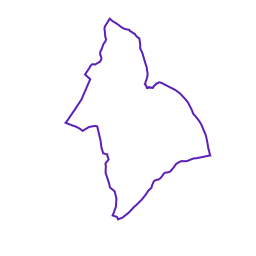 Dhi As Sufal, Ibb, Yemen (orthographic projection), rotated 218°
{"feature_id": "15242507B30509231446221", "entity_name": "Dhi As Sufal", "entity_type": "district", "adm_level": 2, "iso_a3": "YEM", "parent_name": "Yemen", "parent_adm1": "Ibb", "projection": "orthographic", "projection_center": [44.071, 13.832], "detail": "fine", "context": "isolated", "style": "outline", "palette": "violet", "viewbox_px": 256, "rotation_deg": 218, "n_neighbors": 0, "source": "geoboundaries", "source_scale": "gbopen_adm2", "svg_char_len": 3611}
<svg xmlns="http://www.w3.org/2000/svg" viewBox="0 0 256 256"><g transform="rotate(218 128 128)"><path d="M79.5,49.9L79.0,51.0L77.2,53.9L76.4,57.3L75.8,59.6L75.7,60.1L75.5,60.9L75.3,61.8L75.2,63.0L74.9,66.4L74.8,67.3L74.6,69.9L74.0,72.4L74.0,72.6L73.7,75.1L73.1,79.6L73.0,82.9L73.0,85.7L73.0,86.0L73.1,87.1L73.1,87.8L73.2,89.3L73.4,91.0L73.4,91.3L73.2,92.3L73.2,92.6L73.1,93.1L72.9,94.1L72.8,95.1L72.7,95.3L73.7,97.5L74.3,99.9L74.4,100.2L74.4,100.3L74.5,100.7L74.6,101.1L74.8,101.9L74.4,103.4L73.4,104.9L73.1,105.4L72.4,106.0L72.1,106.5L71.8,107.0L71.7,108.3L71.6,108.5L71.5,109.5L71.5,109.9L71.5,111.1L71.6,112.3L71.7,114.0L71.4,115.0L71.3,115.4L70.8,116.3L69.6,117.2L69.2,117.5L68.7,118.5L68.2,119.3L68.0,119.9L67.7,120.7L67.7,120.9L67.9,121.7L67.7,125.6L68.0,129.0L67.0,132.0L65.3,135.1L64.9,135.2L64.0,135.9L63.3,136.4L62.3,137.2L61.8,137.6L60.6,139.1L59.1,141.9L57.6,144.3L55.1,146.7L46.8,156.5L46.3,156.9L46.6,157.1L47.5,157.8L48.1,158.3L50.2,160.0L50.5,160.2L51.0,160.5L52.5,161.7L53.2,162.3L53.9,163.0L54.8,163.8L56.4,165.3L56.5,165.4L57.8,166.5L58.6,167.2L61.9,169.9L62.5,170.4L65.0,171.8L66.9,172.8L71.6,175.5L71.8,175.6L75.8,177.2L80.6,178.5L83.0,179.0L85.7,179.5L88.6,181.4L96.6,185.1L101.3,186.1L103.4,186.5L108.1,187.2L114.0,187.1L124.9,185.0L125.2,185.0L125.6,184.8L127.5,184.5L128.7,184.3L130.1,183.8L131.1,183.6L131.7,183.0L132.3,181.4L132.6,180.7L133.0,180.6L133.0,180.2L133.0,179.5L133.2,179.0L133.1,178.7L133.0,178.1L133.2,177.5L133.4,177.3L133.4,176.7L133.5,176.2L133.3,176.0L133.1,175.5L133.2,174.8L133.6,174.4L134.0,174.3L134.3,174.3L134.5,174.3L134.8,173.9L135.0,173.6L135.4,173.6L135.9,173.1L136.3,172.8L136.6,172.9L136.8,173.1L137.0,172.9L137.0,172.6L136.9,172.3L136.9,171.7L137.0,171.6L137.5,171.2L138.0,171.2L138.6,171.7L139.8,172.5L141.7,172.9L141.6,173.7L142.4,174.7L143.3,177.7L144.4,180.4L146.3,183.3L148.8,185.4L150.3,187.1L153.5,189.2L157.8,192.3L162.7,195.8L163.2,196.1L166.7,197.9L167.6,198.4L167.9,198.8L169.5,201.0L173.5,204.9L174.1,205.5L174.4,205.7L174.8,205.6L175.7,205.4L176.6,205.3L178.6,205.7L179.1,205.8L180.5,206.3L181.2,206.4L181.9,206.0L185.0,205.9L185.5,205.8L185.7,205.6L186.5,205.7L187.1,206.1L187.8,206.0L189.7,204.9L191.3,204.2L193.6,203.5L201.1,203.3L204.6,202.9L205.9,202.7L209.7,202.9L208.7,193.7L208.0,192.3L207.9,192.0L206.2,190.2L205.9,190.0L203.2,187.1L202.2,186.0L199.8,184.3L199.2,182.6L199.1,180.0L199.1,179.7L199.0,179.1L197.9,175.6L197.7,175.1L197.5,174.4L197.4,174.1L197.3,173.8L197.3,173.6L197.2,173.5L197.2,173.4L196.8,171.0L196.7,170.9L195.9,169.7L195.4,169.1L195.2,168.8L195.2,168.7L194.1,168.3L192.5,167.1L191.4,165.9L190.9,163.1L193.0,157.8L195.4,156.3L195.8,153.7L195.4,151.9L194.8,143.7L194.4,143.7L187.8,143.2L187.0,140.1L186.2,136.9L185.5,134.2L185.3,133.7L185.2,133.3L184.2,129.2L183.0,124.7L182.3,122.3L182.3,122.1L181.9,118.0L181.8,116.5L181.7,114.6L181.3,110.7L181.3,110.2L181.1,107.5L180.5,98.2L180.4,97.2L180.4,96.2L180.4,95.7L180.4,93.7L173.9,95.6L172.7,96.0L169.5,97.1L165.9,97.7L165.1,97.8L163.0,97.8L162.0,97.8L159.3,104.9L155.2,109.4L153.2,110.3L142.8,101.9L142.3,101.6L141.8,101.1L141.3,100.6L137.1,96.4L136.0,95.6L135.4,95.2L133.1,93.6L132.4,93.0L132.0,92.8L128.7,94.1L128.3,94.3L128.3,94.2L127.1,93.5L127.0,93.4L126.5,93.0L124.6,91.8L123.9,91.3L123.9,90.7L123.9,89.2L123.9,86.1L122.8,85.0L122.7,85.0L121.7,84.0L121.7,83.9L121.2,83.3L120.7,82.5L119.4,80.7L118.8,79.9L118.0,78.8L113.6,75.9L109.1,72.9L105.5,70.0L102.3,70.0L101.0,70.0L99.2,69.7L98.4,68.9L97.2,68.1L96.5,67.5L93.6,65.2L93.1,64.3L92.9,64.1L89.1,58.6L87.0,52.3L86.3,49.6L81.9,51.1L80.5,50.4L79.5,49.9Z" fill="none" stroke="#5b21b6" stroke-width="2"/></g></svg>